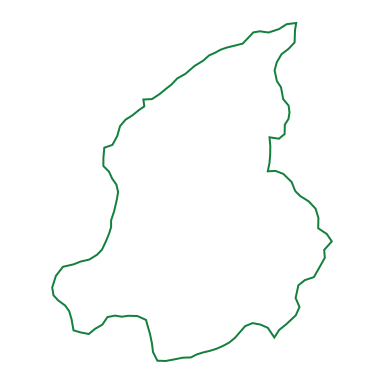 Córrego do Bom Jesus, Minas Gerais, Brazil (Albers equal-area conic projection)
{"feature_id": "56859067B97735160434443", "entity_name": "Córrego do Bom Jesus", "entity_type": "district", "adm_level": 2, "iso_a3": "BRA", "parent_name": "Brazil", "parent_adm1": "Minas Gerais", "projection": "albers", "projection_center": [-45.994, -22.626], "detail": "fine", "context": "isolated", "style": "outline", "palette": "green", "viewbox_px": 384, "rotation_deg": 0, "n_neighbors": 0, "source": "geoboundaries", "source_scale": "gbopen_adm2", "svg_char_len": 1652}
<svg xmlns="http://www.w3.org/2000/svg" viewBox="0 0 384 384"><path d="M274.3,337.5L279.2,329.9L286.2,324.3L295.8,315.3L299.5,307.0L295.6,298.0L298.4,285.3L304.9,280.1L313.9,277.1L320.1,266.2L324.8,257.8L324.2,249.9L331.8,241.4L326.8,234.0L318.2,228.3L318.4,217.9L315.6,208.7L308.6,201.3L300.3,196.1L295.2,191.0L291.6,182.0L283.3,173.9L275.5,170.9L267.8,171.3L269.5,162.9L270.2,154.3L270.3,146.0L269.5,137.3L278.9,138.7L284.6,134.1L284.8,124.7L288.5,118.9L289.5,112.4L288.6,105.6L283.2,99.1L281.0,87.3L276.9,81.1L274.6,70.3L276.9,62.0L281.6,54.1L288.5,48.9L294.6,42.4L295.0,30.2L296.2,23.0L286.6,24.2L278.9,29.1L268.6,32.5L259.9,31.3L253.3,32.4L248.9,37.1L242.7,43.6L234.0,45.8L227.0,47.5L220.6,49.7L215.0,52.8L209.1,55.4L203.3,60.6L194.6,65.9L185.3,73.9L177.4,78.3L171.4,84.6L165.6,89.1L159.7,94.0L151.9,99.1L143.4,99.5L144.3,106.4L139.1,109.9L132.6,115.2L125.6,119.6L120.0,126.2L117.3,135.9L112.4,144.9L104.3,147.7L103.4,158.3L103.4,166.1L109.0,171.6L112.1,178.5L116.4,184.6L118.1,192.1L116.8,199.7L114.1,211.3L111.1,220.4L111.1,227.1L109.0,233.8L105.8,241.6L102.0,249.6L97.1,254.7L89.2,259.6L80.8,261.5L73.7,264.3L62.9,266.8L55.9,275.9L52.2,287.5L53.5,295.3L58.2,300.4L65.1,305.5L69.2,311.2L71.6,319.5L73.5,330.3L80.5,332.4L88.8,334.0L95.0,328.9L102.4,324.6L107.4,317.1L115.0,315.6L121.8,316.7L128.1,315.8L137.3,316.0L146.0,319.9L148.1,327.5L150.0,334.0L152.0,343.7L153.0,352.0L157.4,360.7L165.7,361.0L174.7,359.3L182.7,357.7L191.0,357.4L196.6,354.5L203.3,352.4L210.0,350.8L216.7,348.7L223.2,345.8L229.3,342.5L234.9,337.9L240.3,331.7L245.2,326.1L252.6,323.1L260.5,324.6L267.8,327.8L274.3,337.5Z" fill="none" stroke="#15803d" stroke-width="2"/></svg>